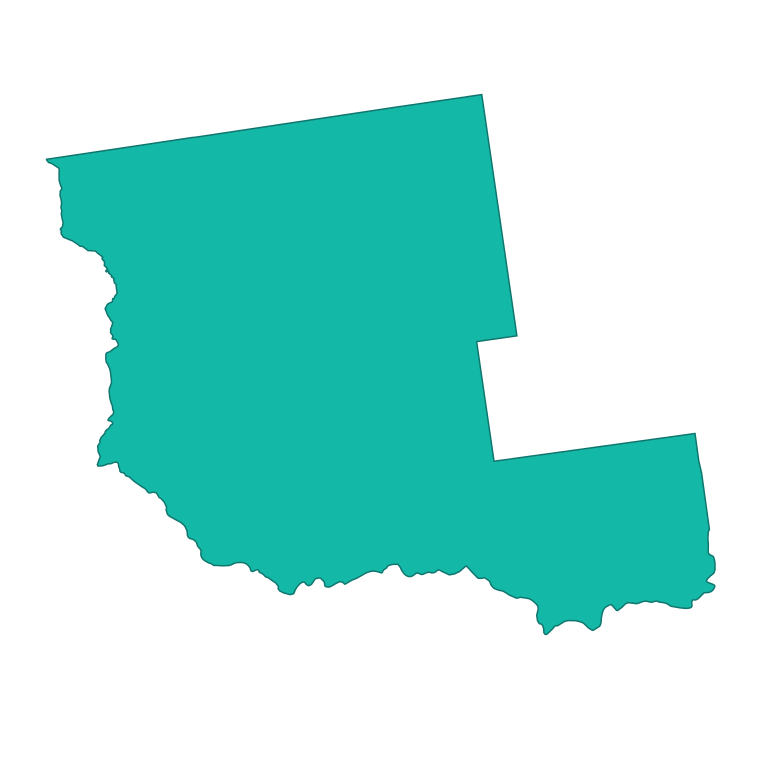 La Paz, Arizona, United States of America, rotated 262°
{"feature_id": "52423323B41781381522782", "entity_name": "La Paz", "entity_type": "district", "adm_level": 2, "iso_a3": "USA", "parent_name": "United States of America", "parent_adm1": "Arizona", "projection": "orthographic", "projection_center": [-114.201, 33.672], "detail": "fine", "context": "isolated", "style": "filled", "palette": "teal", "viewbox_px": 768, "rotation_deg": 262, "n_neighbors": 0, "source": "geoboundaries", "source_scale": "gbopen_adm2", "svg_char_len": 6125}
<svg xmlns="http://www.w3.org/2000/svg" viewBox="0 0 768 768"><g transform="rotate(262 384 384)"><path d="M342.5,89.4L342.6,90.5L342.1,92.8L342.5,96.2L343.4,99.9L343.0,101.6L343.2,102.9L343.9,105.4L344.0,106.6L344.0,108.0L343.4,109.0L342.2,109.8L339.1,109.8L336.7,110.4L334.3,110.4L333.4,111.0L332.9,111.9L332.4,113.5L331.6,114.5L329.1,115.6L328.0,117.7L327.8,118.3L327.2,119.0L322.2,123.2L315.5,130.4L314.1,132.3L312.7,133.5L309.6,135.3L308.9,136.0L308.7,136.8L309.0,140.5L308.2,142.9L307.2,143.8L302.9,145.5L301.6,147.2L297.7,149.9L292.3,151.6L289.6,150.7L284.9,151.5L282.8,153.2L275.2,163.5L271.9,166.4L270.4,167.2L266.0,168.5L261.4,168.3L259.4,168.9L258.1,170.2L256.6,173.4L254.2,175.7L253.1,176.2L249.3,176.9L244.9,179.7L240.7,178.9L238.9,179.0L236.7,179.7L235.1,180.8L233.3,182.7L231.1,185.7L230.3,187.7L228.3,189.8L228.0,190.3L227.5,193.8L226.6,197.5L225.9,204.1L225.9,206.0L226.2,207.6L227.4,211.2L227.6,213.5L227.1,218.0L226.3,220.6L225.4,222.1L224.1,223.6L221.7,225.2L219.9,226.0L218.3,226.0L217.4,226.4L216.8,227.2L216.6,228.0L216.8,229.0L217.7,231.5L217.7,232.7L217.4,233.6L216.9,234.0L215.4,234.2L214.8,234.4L213.5,236.7L211.7,238.4L209.5,239.9L209.2,240.4L208.9,241.5L208.2,242.5L204.2,246.6L202.3,248.9L198.6,251.1L197.9,251.2L196.1,250.7L193.7,251.8L191.1,255.5L188.5,261.6L188.7,264.5L189.2,265.6L192.4,267.4L195.1,269.6L197.7,272.7L198.9,275.0L199.1,276.1L199.1,277.0L198.8,277.5L197.9,278.3L196.9,278.8L195.9,279.6L195.3,280.2L194.9,281.0L194.8,281.7L195.0,282.6L195.8,284.4L200.5,288.7L200.8,289.5L201.0,292.8L200.6,293.9L200.0,294.6L196.4,297.2L195.6,297.4L192.6,297.3L191.7,297.8L191.1,298.9L190.7,300.4L190.6,302.1L192.2,306.5L193.0,308.1L194.1,311.6L194.3,312.7L194.0,314.3L193.3,315.7L191.5,317.0L191.2,317.6L194.2,324.9L195.5,330.1L199.3,339.6L200.1,343.1L200.3,345.0L200.2,347.6L199.7,349.7L198.8,352.0L197.2,355.4L198.0,356.4L199.3,357.1L200.3,358.3L200.9,359.9L201.6,361.0L203.3,362.5L203.9,364.7L204.2,367.7L203.6,372.1L203.3,372.9L200.0,374.7L197.1,375.5L194.5,376.8L192.6,378.0L191.1,379.5L190.1,381.1L189.6,383.0L189.8,384.9L190.3,386.3L192.1,389.4L192.1,391.0L190.1,394.7L190.1,395.9L190.5,397.5L191.0,398.8L191.3,400.6L191.3,402.7L190.2,405.3L190.3,407.5L190.9,409.4L191.8,410.4L192.2,411.5L192.1,412.9L191.4,414.0L190.4,415.1L185.9,422.2L186.1,427.2L187.7,432.6L191.3,438.1L192.2,439.8L192.1,440.5L185.3,445.1L178.7,450.0L178.5,450.5L178.0,453.5L178.1,456.4L177.9,457.1L174.5,460.6L172.9,461.4L170.3,461.9L167.2,463.7L165.9,465.1L163.7,469.2L162.7,472.2L161.9,473.6L159.5,476.6L157.7,478.5L153.6,485.1L153.4,486.1L153.8,489.4L151.9,495.9L150.9,498.4L148.8,500.9L145.6,503.7L143.1,505.2L141.9,505.5L139.7,505.4L133.6,503.0L128.1,503.1L125.1,504.4L124.8,504.9L124.7,505.8L124.3,506.4L122.7,507.5L119.2,508.1L115.6,507.7L114.1,508.4L113.5,509.1L113.4,509.5L113.5,510.3L114.5,512.0L118.1,516.9L120.1,518.9L120.5,519.6L120.6,520.5L120.5,522.4L123.7,529.6L124.0,531.8L124.1,533.7L122.9,540.9L121.2,545.2L120.1,547.3L119.0,548.6L114.0,552.5L111.5,555.5L111.0,556.3L111.0,557.0L114.1,563.8L114.7,564.3L116.2,565.2L118.8,566.0L122.0,566.7L125.3,567.7L129.2,569.5L130.7,570.6L132.1,572.2L133.9,576.8L134.0,577.7L133.1,579.1L127.7,582.6L127.2,583.3L127.2,583.9L129.8,588.7L131.6,590.9L133.0,593.1L133.3,594.3L133.3,596.1L132.3,600.0L131.3,603.5L131.5,605.3L132.6,610.6L132.6,611.9L132.4,613.7L131.1,616.9L130.6,619.2L131.2,622.4L131.0,624.0L129.8,626.0L128.9,629.3L127.9,632.1L126.7,634.1L124.0,637.2L121.3,645.4L120.3,649.3L119.6,653.0L119.7,656.0L120.2,657.3L120.9,657.9L122.2,658.2L124.8,658.3L125.6,658.5L127.0,659.3L127.2,659.8L126.9,661.6L126.9,663.0L127.8,665.4L132.7,671.9L132.4,676.4L132.9,679.0L134.0,680.9L136.3,682.8L137.4,683.4L138.3,683.4L139.1,682.8L140.2,681.3L142.6,676.8L143.8,675.8L145.5,676.8L146.3,677.5L148.4,680.4L150.7,684.2L151.7,684.9L154.4,686.0L161.4,686.9L165.8,686.5L166.9,686.2L167.8,685.6L169.1,683.6L170.3,682.2L171.6,681.7L172.9,681.7L180.2,682.9L185.9,683.2L191.8,684.4L193.1,684.8L194.6,686.0L251.6,686.1L264.1,685.0L291.7,685.1L292.2,482.2L413.1,481.6L413.2,522.3L657.0,521.1L656.5,432.7L654.6,230.2L654.8,229.8L653.5,81.1L652.4,81.3L650.0,82.7L648.7,85.5L642.7,92.3L630.9,90.6L624.9,91.5L623.1,92.3L621.9,91.9L619.9,90.2L615.5,89.4L611.7,89.9L607.9,89.9L604.1,88.7L600.2,89.0L597.2,88.1L591.9,88.3L588.9,88.7L587.8,88.5L587.1,88.2L584.7,87.6L584.0,86.9L583.6,86.2L582.8,85.3L582.2,85.1L581.8,85.0L581.5,85.4L581.5,85.6L580.6,85.8L579.3,85.4L577.5,85.3L573.9,87.1L569.0,95.5L564.7,100.4L562.8,102.0L562.1,104.8L557.3,109.5L555.9,116.7L553.2,118.8L548.8,123.2L548.2,123.0L548.0,122.6L547.7,122.2L546.0,122.7L545.9,123.1L544.3,124.1L542.4,124.0L541.4,123.9L540.7,123.5L540.1,123.6L538.0,125.4L536.6,125.7L536.2,126.1L535.6,126.2L535.6,125.9L535.2,125.1L535.2,124.6L534.6,124.2L533.9,124.6L533.6,125.0L533.9,125.5L533.8,126.2L533.3,127.1L532.8,127.1L532.7,126.9L532.3,126.8L531.8,127.0L529.5,129.4L528.7,129.3L528.2,128.9L527.8,129.3L526.1,131.4L525.2,130.8L524.4,130.8L523.7,131.0L522.8,131.1L521.6,131.1L521.1,131.8L519.8,132.5L515.2,132.3L511.1,132.4L509.7,131.2L508.6,129.8L507.9,129.4L506.9,129.1L506.3,128.5L506.4,127.7L506.1,127.1L503.8,126.7L503.2,126.3L502.7,125.1L502.7,124.2L501.4,121.1L497.3,118.3L494.0,119.1L492.9,119.5L492.1,119.5L489.8,120.2L487.5,121.6L486.1,121.9L485.0,122.4L483.5,123.6L482.2,123.8L478.8,122.3L476.5,120.9L474.1,120.7L473.1,120.4L472.1,120.7L470.4,121.9L468.5,122.2L467.8,121.5L466.7,121.1L466.0,122.1L465.8,123.5L465.5,124.3L464.7,124.9L463.5,125.5L460.7,126.4L459.2,126.3L457.8,124.5L456.7,121.5L454.1,116.9L453.6,114.1L452.9,113.1L450.6,112.4L449.5,112.4L447.7,112.0L444.2,112.0L442.4,113.0L437.3,114.5L433.8,114.8L424.4,114.5L422.2,113.9L418.0,111.5L415.0,110.8L408.2,110.5L402.6,111.3L400.5,111.9L396.2,111.9L394.8,112.5L393.1,112.1L391.6,111.4L391.0,110.3L388.3,106.8L387.3,106.0L386.6,105.7L385.8,106.7L385.6,107.8L384.9,108.8L383.7,109.8L382.4,109.6L381.8,109.3L381.6,108.6L381.6,108.1L379.4,106.1L378.1,105.1L377.8,104.1L377.1,102.8L375.7,101.3L374.6,101.0L373.9,100.6L370.2,96.2L367.6,94.7L365.5,94.6L362.5,91.9L356.6,91.5L351.8,93.0L344.1,88.9L342.5,89.4Z" fill="#14b8a6" stroke="#0f766e" stroke-width="1.5"/></g></svg>